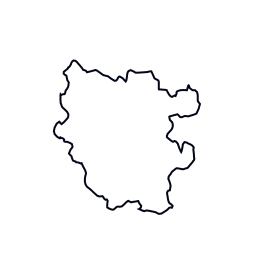 outline of Minya al-Qamh, Ash Sharqiyah, Egypt, rotated 312°
{"feature_id": "37247803B22128077926758", "entity_name": "Minya al-Qamh", "entity_type": "district", "adm_level": 2, "iso_a3": "EGY", "parent_name": "Egypt", "parent_adm1": "Ash Sharqiyah", "projection": "natural_earth1", "projection_center": [31.353, 30.507], "detail": "fine", "context": "isolated", "style": "outline", "palette": "ink", "viewbox_px": 256, "rotation_deg": 312, "n_neighbors": 0, "source": "geoboundaries", "source_scale": "gbopen_adm2", "svg_char_len": 5192}
<svg xmlns="http://www.w3.org/2000/svg" viewBox="0 0 256 256"><g transform="rotate(312 128 128)"><path d="M83.9,204.9L84.5,207.5L84.7,208.0L84.9,208.4L85.4,208.9L86.2,209.6L87.0,210.2L88.1,210.5L89.9,211.0L91.4,211.4L93.2,211.9L94.6,212.0L96.0,212.0L97.2,212.6L98.0,213.4L98.1,213.9L99.5,213.6L99.9,213.2L100.1,213.0L100.2,211.2L99.9,209.0L100.5,207.4L101.7,205.6L102.6,204.4L103.2,203.8L104.4,202.2L105.3,201.0L106.5,200.1L108.3,199.8L109.7,200.8L109.9,200.7L110.1,200.5L112.1,199.3L113.8,198.1L115.6,195.3L117.2,192.0L117.5,192.0L118.9,190.8L120.7,190.5L121.9,190.5L123.6,190.2L125.1,190.0L129.5,190.7L130.6,191.0L130.9,191.4L131.5,192.3L132.3,193.5L133.2,195.1L133.5,195.5L134.0,196.4L137.1,198.3L138.1,198.9L138.7,199.0L143.9,198.8L145.4,198.8L147.2,198.5L148.0,198.6L149.8,197.7L150.1,197.0L151.0,196.1L152.5,194.6L155.8,190.9L157.6,189.8L157.9,187.9L157.9,186.7L157.4,184.8L156.8,183.2L156.5,181.7L156.0,180.4L155.3,179.4L152.5,179.7L151.3,180.6L149.8,181.5L148.9,182.1L146.6,183.3L145.7,183.6L145.8,183.2L147.2,179.9L149.6,175.6L149.7,175.3L150.0,172.8L149.4,171.2L148.2,170.9L147.7,170.3L147.5,168.9L147.4,168.1L147.2,163.1L148.1,162.2L149.0,161.9L149.7,161.6L150.2,161.3L155.1,161.4L156.9,161.2L158.1,160.7L159.0,160.3L160.7,158.8L161.9,156.9L161.7,156.3L162.0,155.1L162.0,153.8L162.9,152.5L163.2,152.0L163.8,151.4L164.1,151.1L164.5,151.2L171.3,155.6L171.3,156.7L171.3,157.1L171.0,159.3L171.8,160.6L173.0,161.2L175.0,162.2L175.9,163.5L177.0,165.0L178.2,165.7L180.8,167.3L182.4,168.2L184.5,169.2L189.2,167.8L194.0,165.4L194.5,162.7L194.6,162.0L195.5,161.1L199.1,157.8L200.9,155.3L200.9,153.5L200.9,152.5L199.2,150.6L199.0,146.9L200.2,145.1L200.3,144.5L199.9,144.4L195.5,146.5L193.5,144.0L191.2,141.7L188.6,140.1L187.1,140.1L186.2,141.0L183.6,141.9L183.3,140.9L183.1,140.9L182.4,140.6L181.0,140.0L180.7,140.0L180.1,138.7L180.1,138.1L180.2,136.8L180.8,134.7L181.4,132.8L182.0,131.6L181.4,130.3L178.0,125.9L177.4,125.3L177.7,124.7L182.8,120.1L183.6,118.8L183.4,117.6L182.6,114.5L183.2,113.2L184.4,110.5L184.8,109.7L185.7,107.4L184.5,106.2L182.5,104.9L176.8,99.4L175.9,98.5L174.2,96.6L173.6,93.8L172.8,91.3L172.4,91.1L171.6,90.7L170.5,90.3L169.0,90.6L167.8,91.2L165.7,92.7L162.5,94.8L161.8,94.9L161.0,95.1L161.4,90.7L161.1,89.2L160.8,87.9L160.6,87.3L160.0,87.0L158.8,86.9L157.1,87.5L155.3,87.5L154.9,87.1L154.1,86.5L153.3,81.9L153.1,78.7L150.8,74.3L150.0,67.4L149.8,65.9L149.5,65.6L149.3,65.3L149.3,65.0L146.1,63.0L142.0,60.2L142.4,58.3L141.8,57.0L141.2,55.5L141.4,55.1L141.8,53.6L142.1,51.4L142.3,50.3L142.5,48.1L142.9,45.3L142.6,43.7L142.1,43.0L141.8,42.4L140.9,42.1L140.7,42.1L139.7,42.1L138.2,42.4L137.1,43.0L134.1,43.5L133.0,43.0L132.1,43.5L128.0,42.9L126.8,42.7L125.3,43.9L125.3,45.8L125.6,46.4L125.6,47.3L122.9,51.0L122.5,52.6L122.2,53.5L120.7,54.6L119.8,55.2L119.3,55.5L118.7,55.9L116.3,56.5L115.7,56.5L113.9,56.7L112.8,57.4L112.5,57.6L110.7,58.2L109.9,57.3L108.9,56.8L107.8,56.3L107.9,55.4L107.4,55.7L107.0,56.0L106.3,56.7L105.1,57.8L104.7,58.1L103.8,58.9L103.5,59.3L103.2,59.6L101.5,61.2L101.4,61.5L100.3,63.5L99.5,65.1L99.5,66.2L99.4,68.5L99.4,69.4L99.4,70.0L99.2,72.3L98.8,73.2L98.3,74.5L97.2,75.4L95.9,76.3L94.4,76.5L93.7,76.5L92.1,76.5L90.3,76.5L89.9,76.5L87.7,76.2L87.4,76.2L86.4,76.0L86.4,75.7L86.5,75.1L86.5,73.9L86.7,73.3L86.7,72.7L85.4,72.5L84.7,72.3L84.1,72.2L83.0,72.2L82.2,72.4L79.0,73.3L76.1,75.0L74.4,77.6L74.2,79.9L74.1,80.5L74.1,81.4L74.2,82.2L74.3,82.7L74.7,84.2L75.8,84.0L76.1,85.3L76.5,86.0L76.6,86.3L76.8,87.0L76.8,87.6L76.6,88.3L75.8,88.8L75.6,89.3L75.4,89.7L75.9,90.8L76.1,91.0L77.0,92.0L77.1,92.3L77.6,93.5L78.2,95.3L78.3,95.9L78.5,97.1L77.2,99.0L76.4,99.6L73.9,99.7L71.6,100.4L70.6,100.8L69.9,101.0L69.6,101.1L69.3,102.6L69.3,103.2L69.3,104.7L68.3,106.3L67.0,108.8L67.3,109.9L67.8,111.0L68.0,111.6L67.8,112.3L69.2,114.3L69.6,115.4L69.9,116.5L70.8,117.0L70.4,117.9L69.9,119.2L69.7,119.6L69.1,121.1L68.8,121.9L68.4,123.1L67.8,124.7L67.3,125.5L66.4,127.0L66.1,127.2L64.4,128.1L63.5,128.6L62.5,129.2L61.0,130.3L60.3,131.0L59.3,131.8L59.1,132.1L57.7,134.2L57.6,134.6L57.0,136.3L56.9,136.6L56.9,137.2L57.0,137.8L57.0,138.6L57.2,140.3L57.2,140.9L57.2,143.9L57.1,145.4L57.1,148.7L57.1,150.3L57.1,150.5L58.0,152.6L60.2,154.6L60.2,155.7L60.1,155.9L59.6,157.3L59.6,159.2L60.4,159.9L60.7,160.1L60.6,160.6L60.5,160.9L60.3,161.6L59.7,162.0L59.0,162.5L58.6,162.7L57.8,163.4L56.9,164.0L56.3,164.6L55.1,165.7L55.2,166.5L55.3,166.8L55.3,167.1L55.5,167.7L55.5,167.9L55.6,168.0L55.9,168.9L56.0,169.3L56.3,170.0L56.6,170.5L56.9,171.2L57.1,171.4L58.1,172.0L58.8,172.0L59.0,172.1L60.6,172.3L61.2,172.3L61.9,172.4L62.8,173.1L63.1,173.4L63.9,174.5L64.1,174.7L65.7,175.9L66.0,175.9L66.7,176.0L67.3,176.1L67.7,176.1L69.5,176.3L71.3,176.3L72.4,176.5L74.0,176.9L74.6,179.1L74.8,179.8L74.9,180.1L76.0,180.8L76.5,181.2L76.8,181.5L78.3,182.7L78.5,182.9L80.1,184.1L80.6,184.5L80.2,185.4L79.9,186.1L79.7,186.6L79.5,186.9L79.4,187.5L79.3,188.2L79.3,188.5L79.1,189.1L79.1,189.4L79.0,189.9L78.7,190.1L78.4,190.2L77.8,190.6L77.6,190.7L77.3,190.7L76.7,190.7L76.3,190.7L75.6,190.7L75.2,190.5L75.9,192.6L76.3,194.2L76.5,194.4L77.2,195.8L77.4,195.9L79.0,196.8L79.5,197.5L80.3,198.7L80.5,198.9L81.0,199.9L82.3,202.0L83.1,203.4L83.9,204.9Z" fill="none" stroke="#020617" stroke-width="2"/></g></svg>